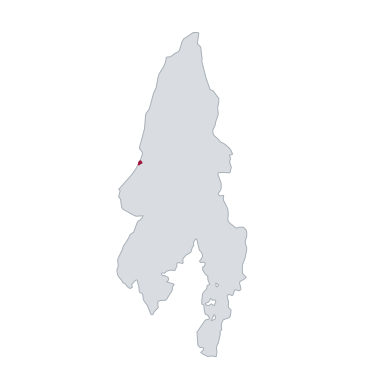 location of City of Tomok, Chuy, Kyrgyzstan, rotated 283°
{"feature_id": "92254566B71058624193805", "entity_name": "City of Tomok", "entity_type": "district", "adm_level": 2, "iso_a3": "KGZ", "parent_name": "Kyrgyzstan", "parent_adm1": "Chuy", "projection": "natural_earth1", "projection_center": [75.292, 42.818], "detail": "fine", "context": "in_parent", "style": "filled", "palette": "rose", "viewbox_px": 384, "rotation_deg": 283, "n_neighbors": 0, "source": "geoboundaries", "source_scale": "gbopen_adm2", "svg_char_len": 4343}
<svg xmlns="http://www.w3.org/2000/svg" viewBox="0 0 384 384"><g transform="rotate(283 192 192)"><path d="M84.9,227.0L85.8,226.5L88.8,225.9L94.8,225.3L96.9,225.7L100.9,228.1L104.1,227.8L104.7,228.2L105.8,230.1L110.2,227.2L113.4,226.3L115.0,223.4L118.5,219.9L121.4,219.3L121.4,219.9L122.0,220.4L124.9,221.2L125.8,220.3L126.3,219.0L125.3,217.0L125.3,216.2L126.2,214.9L130.9,216.8L132.0,216.8L134.1,215.7L136.1,213.8L136.9,212.3L146.6,207.5L147.2,206.6L147.1,206.0L143.1,204.8L141.2,205.5L139.6,205.5L138.6,204.8L133.6,204.5L132.6,204.0L129.3,200.5L125.3,198.3L123.4,198.4L121.0,199.3L120.3,198.9L120.2,195.6L119.7,193.6L118.3,193.2L116.5,194.0L111.6,192.9L111.1,188.7L109.2,185.1L106.7,183.6L106.6,181.4L105.7,180.5L104.9,180.8L103.9,181.9L104.4,184.3L103.9,186.7L103.3,187.9L102.2,188.8L100.9,188.9L98.7,187.6L98.2,195.0L97.8,195.4L95.1,194.4L93.0,194.8L89.8,194.4L87.4,193.2L82.7,191.8L80.5,190.5L79.2,185.5L77.9,183.8L76.7,183.4L71.7,185.1L66.7,182.1L64.1,181.5L63.5,180.6L63.6,179.4L71.5,174.0L74.6,170.2L76.6,168.6L81.5,166.9L82.6,163.5L83.0,163.1L88.0,161.4L93.6,158.4L93.8,157.5L93.2,156.8L88.3,154.0L85.7,155.3L84.2,153.7L84.3,152.1L86.0,149.2L87.4,147.8L88.0,145.1L90.1,143.3L92.2,140.4L94.7,138.0L99.4,136.3L102.0,136.9L104.5,136.4L108.3,135.0L110.6,134.9L120.3,137.1L123.5,137.2L131.0,140.0L136.9,141.5L139.8,144.2L149.3,145.4L151.8,146.2L152.8,147.5L155.5,149.2L157.8,149.6L155.8,143.0L156.6,139.1L159.7,128.5L161.3,126.9L169.0,123.9L170.8,121.6L176.3,121.7L177.5,121.3L178.1,120.0L195.2,129.3L201.7,132.0L210.7,134.4L218.3,135.2L219.6,134.6L222.6,131.0L224.0,130.8L242.9,131.5L256.4,129.5L258.3,129.6L263.4,131.7L279.3,132.3L285.6,133.6L295.5,133.1L299.7,133.4L307.3,136.0L309.9,136.6L314.9,137.0L316.7,136.5L317.8,137.1L318.9,140.5L323.7,144.7L325.4,146.9L327.2,147.9L336.0,148.5L339.4,149.5L347.7,157.4L348.8,162.0L348.0,163.0L339.3,163.6L337.3,164.3L335.3,167.8L323.7,172.0L322.0,171.9L306.5,179.9L295.8,186.6L295.3,189.8L289.1,197.1L284.3,198.0L280.3,197.9L273.7,200.1L265.2,199.3L262.3,199.5L256.8,198.4L254.5,199.0L252.2,200.5L248.9,206.3L247.6,207.7L247.0,209.1L246.5,211.9L245.2,214.9L242.5,219.5L240.1,221.6L237.9,223.0L236.1,220.2L233.2,222.1L230.6,221.7L228.9,222.3L225.1,224.7L219.6,224.7L219.0,223.8L217.9,217.1L216.9,213.9L216.1,213.2L215.1,213.2L207.1,218.4L203.4,219.4L200.4,219.5L196.4,217.9L195.6,218.3L194.9,219.2L194.6,220.3L195.7,223.3L195.4,223.8L193.6,223.8L191.1,224.5L183.5,230.7L178.6,232.3L174.1,232.9L171.4,234.0L169.9,236.4L166.9,242.7L167.1,244.1L168.3,245.8L169.2,249.7L169.0,250.7L166.5,253.9L163.5,254.8L161.0,255.3L156.4,254.9L154.0,255.5L149.7,258.0L146.1,258.4L139.3,258.5L132.6,257.6L130.4,257.9L124.5,259.3L122.5,261.6L121.4,263.7L120.8,264.0L118.5,262.1L115.5,258.8L114.0,258.8L108.7,261.5L107.9,261.4L106.4,260.4L106.6,256.2L104.9,255.4L101.3,255.2L100.1,254.3L100.5,251.6L100.2,250.5L99.2,249.8L97.3,250.0L93.5,252.2L89.1,253.0L87.6,253.7L85.8,256.6L79.9,257.3L78.0,256.6L74.5,251.2L71.5,250.4L68.4,250.6L64.1,252.0L63.1,250.8L62.0,250.5L61.0,251.4L55.9,251.6L50.6,251.5L47.6,250.8L45.7,250.8L41.7,252.3L37.0,252.6L36.6,247.6L35.2,244.1L36.8,238.5L37.6,236.7L41.1,238.8L42.4,238.5L42.7,237.4L42.3,234.8L44.1,232.1L56.6,228.4L70.3,233.8L72.1,237.4L73.3,237.2L75.2,235.6L75.9,232.6L78.6,230.9L84.6,228.9L84.9,227.0ZM91.8,239.4L92.1,238.9L91.1,236.3L92.5,233.9L89.7,233.5L88.3,232.7L86.7,230.3L86.2,230.1L85.4,230.8L84.9,232.4L85.3,234.2L87.3,235.9L86.3,239.3L90.4,239.8L91.8,239.4ZM77.4,241.8L77.3,241.1L76.3,240.8L71.1,239.8L71.3,240.5L73.3,243.1L74.8,243.2L77.4,241.8ZM108.2,237.4L108.5,235.8L105.4,236.7L105.1,237.5L106.1,238.5L107.4,238.9L108.2,237.4Z" fill="#d9dde1" stroke="#a8b0b8" stroke-width="1"/><path d="M206.8,134.1L207.0,134.1L207.2,134.3L207.2,134.1L207.6,134.3L207.8,134.4L208.0,134.4L208.3,134.5L208.5,134.6L208.6,134.8L208.7,135.0L208.8,135.1L209.0,135.2L209.2,135.6L208.7,135.9L208.7,136.0L209.0,136.4L209.5,136.2L209.7,135.8L209.8,135.8L209.8,135.7L209.7,135.7L209.7,135.4L209.8,135.4L210.0,135.0L210.0,134.8L210.5,134.8L210.5,134.6L210.0,134.5L209.7,134.4L209.7,134.2L209.8,134.1L209.7,133.9L209.4,133.9L209.2,133.9L208.9,133.8L208.8,133.7L208.7,133.7L208.7,133.8L208.6,133.7L208.4,133.7L208.2,133.7L207.8,133.8L207.8,133.7L207.6,133.7L207.6,133.8L207.4,133.8L207.2,133.8L206.8,133.9L206.8,134.0L206.8,134.1Z" fill="#f43f5e" stroke="#9f1239" stroke-width="1.5"/></g></svg>